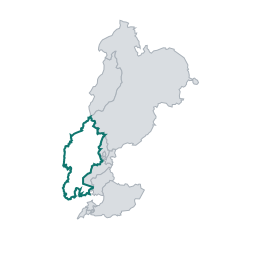 map of Kazakhstan with Uzbekistan, Mongolia, Tajikistan and 7 others greyed out, rotated 286°
{"feature_id": "KAZ", "entity_name": "Kazakhstan", "entity_type": "country or territory", "adm_level": 0, "iso_a3": "KAZ", "parent_name": "Asia", "parent_adm1": "", "projection": "equal_earth", "projection_center": [65.802, 47.999], "detail": "fine", "context": "with_neighbors", "style": "outline", "palette": "teal", "viewbox_px": 256, "rotation_deg": 286, "n_neighbors": 10, "source": "natural_earth", "source_scale": "50m", "svg_char_len": 12423}
<svg xmlns="http://www.w3.org/2000/svg" viewBox="0 0 256 256"><g transform="rotate(286 128 128)"><path d="M61.4,110.7L61.9,100.2L67.5,98.5L73.0,101.8L75.0,104.4L81.3,103.7L83.9,105.8L83.8,108.7L84.8,108.7L85.3,111.1L88.1,111.2L88.8,112.6L89.6,112.6L90.5,110.5L94.7,107.9L95.3,108.2L93.5,110.1L95.2,111.2L96.7,110.5L99.4,112.0L96.6,114.1L94.0,113.9L93.7,113.1L94.1,111.7L91.1,112.4L89.4,115.9L87.5,115.8L87.0,117.1L88.6,117.8L89.1,120.0L87.9,123.0L84.9,122.4L85.0,120.5L79.6,117.8L75.6,114.4L74.6,111.4L73.8,110.8L71.4,111.0L70.6,110.4L70.4,108.1L67.5,106.5L65.6,108.2L63.6,109.2L63.9,110.7L61.4,110.7Z" fill="#d9dde1" stroke="#a8b0b8" stroke-width="1"/><path d="M129.3,88.4L131.4,87.9L135.1,85.6L138.0,84.4L139.9,85.2L142.1,85.2L143.7,86.4L149.0,87.2L150.6,85.4L149.5,83.8L151.0,81.1L153.6,82.2L158.1,83.2L158.9,85.1L162.2,86.2L166.5,85.4L168.7,85.8L171.1,87.0L172.7,88.4L177.4,88.8L181.8,87.7L184.3,85.8L185.6,86.1L187.0,87.0L189.4,86.8L188.4,91.5L189.3,92.6L190.4,92.3L192.6,92.7L193.9,91.7L195.9,92.5L198.4,94.5L198.5,95.4L196.7,95.1L193.7,95.5L192.4,96.3L191.4,98.1L188.4,99.2L186.6,100.7L183.0,99.9L182.3,101.7L183.8,103.7L181.3,106.2L179.0,107.2L175.7,107.3L172.4,108.3L170.1,109.9L168.9,109.0L166.3,109.0L162.7,107.2L160.4,106.8L157.5,107.2L150.5,106.6L148.9,104.9L147.5,102.3L146.1,102.0L143.2,100.2L137.6,99.3L136.7,98.1L137.0,94.9L135.2,92.7L132.1,91.7L130.1,90.2L129.3,88.4Z" fill="#d9dde1" stroke="#a8b0b8" stroke-width="1"/><path d="M87.9,123.0L89.1,120.0L88.6,117.8L87.0,117.1L87.5,115.8L89.4,115.9L91.1,112.4L94.1,111.7L93.7,113.1L94.0,113.9L94.9,113.8L94.1,114.7L91.7,114.2L91.5,115.9L93.9,115.7L96.7,116.7L101.0,116.2L101.6,119.0L102.4,118.7L103.8,119.3L104.1,122.2L100.2,122.0L98.9,123.3L97.1,124.3L96.1,123.3L96.3,120.7L95.6,120.6L95.8,119.7L94.6,119.0L93.6,120.1L93.1,121.7L91.7,121.6L91.0,123.0L90.2,122.4L88.6,123.4L87.9,123.0Z" fill="#d9dde1" stroke="#a8b0b8" stroke-width="1"/><path d="M94.7,107.9L95.1,106.7L96.6,106.3L100.2,107.3L100.5,105.6L101.7,105.0L104.9,106.2L105.7,105.9L112.6,106.2L113.8,107.3L115.2,107.7L114.9,108.3L111.5,109.9L110.8,111.1L108.0,111.4L107.2,113.3L104.8,112.9L103.3,113.5L101.2,114.8L101.6,115.5L101.0,116.2L96.7,116.7L93.9,115.7L91.5,115.9L91.7,114.2L94.1,114.7L94.9,113.8L96.6,114.1L99.4,112.0L96.7,110.5L95.2,111.2L93.5,110.1L95.3,108.2L94.7,107.9Z" fill="#d9dde1" stroke="#a8b0b8" stroke-width="1"/><path d="M53.8,109.3L54.9,108.4L57.4,107.8L58.9,108.6L60.3,110.8L63.9,110.7L63.6,109.2L65.6,108.2L67.5,106.5L70.4,108.1L70.6,110.4L71.4,111.0L73.8,110.8L74.6,111.4L75.6,114.4L79.6,117.8L85.0,120.5L84.9,122.4L83.1,121.5L82.8,122.5L80.9,123.1L80.4,125.5L79.1,126.5L77.3,126.9L76.8,128.3L75.0,128.7L72.7,127.6L72.6,125.0L70.9,124.9L68.3,122.2L66.5,121.9L64.1,120.4L62.5,120.1L61.5,120.7L59.9,120.6L58.2,122.3L56.2,122.9L55.9,120.7L56.4,117.6L54.7,116.6L55.4,114.6L53.9,114.4L54.6,112.0L56.6,112.7L58.6,111.7L57.1,110.0L56.6,108.3L54.8,109.1L54.4,111.2L53.8,109.3Z" fill="#d9dde1" stroke="#a8b0b8" stroke-width="1"/><path d="M42.5,145.3L41.3,143.6L41.4,142.0L40.6,142.0L41.2,139.7L40.1,137.3L37.4,135.6L36.0,132.7L36.7,130.3L38.0,129.3L38.0,127.5L36.5,126.6L34.4,120.5L34.9,119.6L34.5,116.2L36.1,115.4L36.4,116.5L37.4,117.9L38.9,118.3L39.7,118.2L42.6,116.0L43.4,115.8L44.0,116.6L43.1,118.1L44.4,119.7L45.0,119.5L45.5,121.7L47.7,122.3L49.1,123.8L52.4,124.4L56.0,123.6L56.2,122.9L58.2,122.3L59.9,120.6L61.5,120.7L62.5,120.1L64.1,120.4L66.5,121.9L68.3,122.2L70.9,124.9L72.6,125.0L72.7,127.6L71.0,133.6L72.0,134.1L71.0,135.7L71.9,140.2L73.6,140.7L73.8,142.7L71.6,145.6L73.7,149.2L76.0,150.6L76.0,153.4L77.1,153.9L77.3,155.4L73.8,157.0L72.9,160.8L63.0,158.6L62.1,154.7L61.0,154.1L59.1,154.7L56.7,156.3L53.8,155.2L51.5,152.7L49.2,151.8L46.2,144.6L44.9,145.1L43.5,144.1L42.5,145.3Z" fill="#d9dde1" stroke="#a8b0b8" stroke-width="1"/><path d="M39.7,118.2L38.9,118.3L38.2,116.1L37.2,116.1L36.6,115.3L33.8,113.8L34.1,112.4L33.9,111.3L37.0,110.9L38.2,112.1L37.7,112.9L38.7,113.9L38.0,114.8L39.9,116.1L39.7,118.2Z" fill="#d9dde1" stroke="#a8b0b8" stroke-width="1"/><path d="M191.0,183.3L188.9,182.3L188.5,179.4L189.6,177.9L192.2,177.0L193.6,177.1L194.3,178.3L193.4,179.8L193.0,181.7L191.0,183.3ZM115.2,107.7L114.9,106.0L116.3,105.3L114.0,100.4L119.2,98.6L120.3,93.7L124.6,94.6L125.6,93.3L125.4,90.6L127.1,90.4L128.5,88.6L129.3,88.4L130.1,90.2L132.1,91.7L135.2,92.7L137.0,94.9L136.7,98.1L137.6,99.3L143.2,100.2L146.1,102.0L147.5,102.3L148.9,104.9L150.5,106.6L157.5,107.2L160.4,106.8L162.7,107.2L166.3,109.0L168.9,109.0L170.1,109.9L172.4,108.3L175.7,107.3L179.0,107.2L181.3,106.2L183.8,103.7L182.3,101.7L183.0,99.9L186.6,100.7L188.4,99.2L191.4,98.1L192.4,96.3L193.7,95.5L196.7,95.1L198.5,95.4L198.4,94.5L195.9,92.5L193.9,91.7L192.6,92.7L190.4,92.3L189.3,92.6L188.4,91.5L189.4,86.8L192.2,87.8L194.6,86.1L194.2,84.9L195.1,82.2L195.9,81.3L195.4,79.9L194.0,79.3L195.2,78.0L197.6,77.6L200.2,77.5L203.6,78.3L205.7,79.2L210.7,84.5L212.4,87.1L216.4,88.0L219.7,89.9L221.5,92.4L224.8,92.4L226.2,91.4L229.3,90.6L229.2,93.0L228.8,94.0L229.3,97.0L228.9,99.7L226.0,99.2L224.6,100.2L226.0,102.7L226.8,106.0L225.7,106.1L226.2,107.6L224.3,105.9L223.9,107.5L220.9,108.7L221.7,110.2L219.8,110.1L218.4,109.2L217.5,111.3L215.6,112.9L214.3,114.7L211.4,115.6L210.1,117.0L207.9,117.8L208.7,116.4L207.9,115.3L209.2,113.3L207.6,111.8L203.9,114.8L203.0,116.7L200.8,116.9L200.0,118.3L201.7,120.3L203.7,120.8L204.1,122.1L206.1,123.0L208.1,120.9L210.4,122.0L211.9,122.1L212.7,123.7L209.6,124.5L208.9,126.2L207.0,127.7L206.3,129.8L209.2,131.5L210.7,134.5L214.8,139.8L215.3,142.1L214.0,142.9L214.8,144.6L216.4,145.6L216.4,150.7L215.1,151.0L211.0,162.5L205.1,168.2L202.4,168.6L201.1,170.0L200.1,169.0L198.9,170.6L195.7,172.3L193.2,172.8L192.7,176.2L191.4,176.4L190.5,174.0L190.9,172.8L187.5,171.7L186.4,172.2L183.9,171.4L182.6,170.1L182.8,168.2L180.5,167.6L179.2,166.4L177.3,168.1L173.1,168.5L170.6,169.7L171.3,173.5L170.0,173.4L169.5,171.3L167.8,172.2L164.8,170.4L165.3,167.7L163.7,167.1L162.8,164.1L160.3,164.6L160.3,160.8L162.3,158.1L161.8,153.0L160.7,152.2L159.7,150.3L158.4,150.6L155.7,150.1L156.4,148.8L155.1,146.8L153.5,148.1L151.5,147.3L148.9,149.4L147.0,151.7L145.1,152.1L144.0,151.3L140.9,150.5L139.7,151.3L138.3,153.6L137.9,151.1L136.5,151.8L131.0,150.8L128.9,149.4L127.1,148.7L126.2,147.2L124.8,146.8L122.3,144.7L120.4,143.7L119.4,144.5L113.6,140.3L112.8,136.9L114.5,137.3L114.5,135.7L113.5,134.1L113.6,131.6L110.9,128.0L107.1,126.8L106.3,124.5L104.6,123.1L104.1,122.2L103.8,119.3L102.4,118.7L101.6,119.0L101.0,116.2L101.6,115.5L101.2,114.8L103.3,113.5L104.8,112.9L107.2,113.3L108.0,111.4L110.8,111.1L111.5,109.9L114.9,108.3L115.2,107.7Z" fill="#d9dde1" stroke="#a8b0b8" stroke-width="1"/><path d="M39.7,109.5L41.0,109.2L42.3,111.0L43.3,111.2L45.2,109.3L47.2,112.8L48.2,113.0L48.8,113.8L47.0,114.0L45.9,117.3L45.0,118.0L45.0,119.5L44.4,119.7L43.1,118.1L44.0,116.6L43.4,115.8L42.6,116.0L39.7,118.2L39.9,116.1L38.0,114.8L38.7,113.9L37.7,112.9L38.2,112.1L37.0,110.9L37.6,110.4L40.3,111.4L40.7,111.1L39.7,109.5ZM38.9,118.3L37.4,117.9L36.4,116.5L36.1,115.4L36.6,115.3L37.2,116.1L38.2,116.1L38.9,118.3Z" fill="#d9dde1" stroke="#a8b0b8" stroke-width="1"/><path d="M26.7,104.6L27.0,104.2L31.9,105.2L34.8,106.6L35.1,107.1L36.5,106.6L38.5,107.2L39.0,108.4L40.3,109.1L39.7,109.5L40.7,111.1L40.3,111.4L39.2,111.2L37.6,110.4L37.0,110.9L33.9,111.3L31.9,109.9L29.5,110.0L30.0,108.8L29.7,106.8L28.5,105.8L27.4,105.5L26.7,104.6Z" fill="#d9dde1" stroke="#a8b0b8" stroke-width="1"/><path d="M94.6,108.0L94.1,108.2L93.8,108.6L93.5,108.5L92.8,109.2L91.8,109.6L91.3,110.0L91.2,110.2L90.7,110.4L90.5,110.5L90.5,110.8L90.4,111.0L89.8,111.5L89.5,112.0L89.4,112.3L89.5,112.6L89.1,112.7L88.5,112.4L88.3,112.2L88.4,111.5L88.0,111.0L87.7,111.1L85.5,111.2L85.3,111.1L85.0,110.2L84.8,108.7L83.7,108.7L83.7,107.8L83.9,105.8L83.3,106.2L82.6,104.9L82.1,104.6L81.3,103.8L80.3,104.2L77.6,104.0L74.9,104.4L73.2,102.5L73.0,102.0L72.8,101.9L67.6,98.6L62.0,100.2L61.5,110.7L60.5,110.8L60.2,110.7L59.9,110.3L59.1,108.8L57.5,107.7L56.5,107.8L55.1,108.3L54.7,108.5L53.8,109.3L53.8,108.4L54.2,107.5L54.3,107.1L54.2,106.5L54.0,106.3L53.5,106.4L53.3,106.2L52.7,106.2L52.3,105.5L52.2,105.4L51.5,105.3L51.5,104.4L51.1,103.7L50.7,102.4L50.4,102.2L49.6,102.0L49.5,101.7L49.6,101.3L49.8,101.2L50.8,101.2L51.5,101.5L51.9,101.4L52.3,101.5L52.1,101.3L51.8,101.2L51.3,100.7L51.2,100.4L51.3,100.2L51.8,99.8L51.9,99.5L52.2,99.1L52.5,99.2L52.9,99.0L54.4,99.0L55.4,99.2L56.0,99.2L55.3,98.8L55.2,98.5L55.5,98.0L55.8,97.4L56.1,96.8L56.1,96.2L56.0,95.8L56.2,95.5L56.1,95.0L55.8,94.7L54.8,94.6L54.5,94.9L54.1,95.1L53.8,94.9L53.3,94.8L53.0,94.5L52.1,94.3L51.5,94.5L50.8,94.9L50.4,94.9L49.2,95.7L48.0,95.9L48.0,96.2L47.9,96.1L47.7,96.3L46.5,95.8L46.3,95.6L46.3,95.3L46.5,95.2L47.1,95.4L47.3,95.2L46.6,93.7L45.8,92.6L45.7,92.5L44.4,92.4L44.0,92.6L43.8,92.4L43.6,92.0L43.7,91.5L43.7,91.2L42.9,90.7L42.8,90.3L43.1,89.7L43.4,89.2L43.7,89.0L43.9,88.7L43.5,88.2L43.6,87.8L43.8,87.3L44.0,86.9L44.6,86.5L44.7,86.3L44.8,85.9L45.3,85.4L45.5,85.4L45.7,85.5L46.8,86.9L47.0,86.9L47.7,86.7L47.9,86.4L47.6,84.9L48.0,84.9L49.2,84.2L49.4,83.8L49.6,83.6L50.3,83.5L51.3,83.0L52.4,81.9L53.2,82.2L53.4,82.3L53.4,82.5L53.5,82.6L54.1,82.6L54.9,82.1L55.4,82.0L55.6,82.1L55.9,82.5L56.0,82.6L57.6,82.6L58.0,82.8L58.3,83.2L58.8,83.4L59.2,83.7L59.7,84.4L59.8,84.9L59.9,85.1L60.1,84.9L60.2,84.7L60.1,84.2L60.2,83.8L60.7,84.0L61.6,84.7L62.3,84.9L63.1,84.6L63.3,84.3L64.0,83.8L64.3,83.9L65.1,83.7L65.5,83.8L66.0,84.1L66.4,84.0L66.8,83.6L67.9,83.7L68.3,83.9L68.9,84.6L70.1,84.8L70.2,85.1L70.8,84.9L71.2,84.4L71.4,84.2L71.8,84.6L72.1,84.7L72.6,84.7L73.2,84.6L73.8,84.4L74.1,84.2L74.6,83.2L74.1,82.7L73.4,82.6L73.3,82.4L72.3,82.1L72.2,81.8L71.5,81.5L71.4,81.4L71.5,81.3L72.3,80.9L72.8,80.9L73.4,80.4L73.0,79.5L73.1,79.3L73.6,78.7L74.3,78.7L75.5,78.8L75.7,78.7L75.6,78.4L74.9,78.1L73.9,77.9L74.0,77.5L74.4,77.5L74.6,77.4L74.5,77.2L74.1,77.3L73.5,77.1L73.8,76.8L73.9,76.2L74.1,76.1L74.3,76.0L75.5,76.3L75.7,76.1L76.6,76.1L76.9,76.0L77.8,75.9L78.0,75.7L79.3,75.6L80.1,75.3L80.6,75.2L81.0,75.3L81.5,75.2L81.8,75.3L82.0,75.2L82.1,74.9L82.6,74.6L83.1,74.6L83.5,74.4L83.6,74.5L84.1,74.5L87.1,74.0L87.3,73.8L88.0,73.7L88.1,73.3L88.7,73.2L89.1,72.9L89.6,72.7L90.6,72.8L92.0,73.3L92.4,73.1L92.6,73.0L93.1,72.9L93.5,73.3L94.1,74.7L94.0,75.2L93.8,75.5L94.4,75.8L95.5,75.6L95.9,75.6L95.9,75.4L96.1,75.3L96.5,75.8L96.6,76.2L96.7,76.3L96.9,76.2L96.9,75.9L97.0,75.8L97.6,75.9L98.0,76.2L98.2,76.3L98.5,76.2L99.0,76.0L99.2,76.3L98.6,76.6L98.4,76.9L98.4,77.2L98.6,77.5L99.1,77.2L99.6,77.1L100.3,77.2L100.6,77.4L100.8,77.0L101.5,76.6L101.9,76.6L102.3,76.4L102.6,76.2L102.7,75.9L103.2,75.9L104.3,75.4L104.8,75.3L105.4,75.0L105.3,75.3L105.1,75.8L104.6,75.8L104.8,76.1L105.0,76.3L107.4,77.7L107.7,78.0L109.1,79.6L111.4,82.6L112.6,84.4L112.8,84.5L112.8,84.3L113.1,84.1L113.5,84.0L113.6,83.9L113.5,83.5L113.5,83.4L114.1,83.1L114.4,83.1L114.6,83.3L114.9,83.3L114.9,83.5L114.8,83.9L115.5,84.0L115.7,84.3L115.7,84.5L116.7,84.5L117.0,84.6L117.9,84.6L118.1,84.4L118.4,84.1L118.9,84.1L119.2,83.9L119.6,83.9L120.3,84.1L120.8,84.4L121.0,84.7L121.4,85.1L121.6,85.7L121.8,85.8L122.4,85.9L122.9,86.2L123.2,86.3L123.3,86.6L123.3,86.8L123.9,87.5L125.4,87.7L125.5,87.8L125.9,87.8L126.7,87.1L126.9,87.1L127.0,87.1L127.0,87.3L126.8,87.5L127.0,87.7L127.2,87.8L127.7,88.4L128.2,88.6L128.5,88.9L127.9,88.9L127.4,89.0L127.3,89.3L127.4,89.5L127.3,90.0L127.0,90.4L126.5,90.6L125.4,90.8L125.2,91.3L125.1,92.1L125.3,93.2L125.6,93.7L125.6,93.9L125.3,94.4L124.7,94.5L124.3,94.8L123.8,95.1L123.5,94.7L122.8,94.6L122.1,94.7L121.5,94.5L120.1,94.0L119.9,94.7L119.2,96.9L118.9,98.5L119.6,99.0L119.6,99.3L119.4,99.8L118.9,99.5L118.2,99.7L117.8,99.5L117.8,99.3L117.6,99.2L115.8,99.8L115.4,99.8L114.1,100.1L113.8,100.5L114.1,100.7L114.6,100.7L115.1,100.9L114.9,101.1L114.9,101.4L115.0,102.7L115.3,103.3L115.8,104.2L115.9,104.6L115.8,104.9L116.0,105.0L116.1,105.4L116.1,105.5L115.8,105.5L115.3,105.7L115.3,105.9L115.7,106.1L115.0,106.4L115.0,106.6L114.9,106.9L115.2,108.0L114.4,107.5L113.3,107.3L112.8,106.8L112.7,106.5L112.0,106.5L111.2,106.2L110.1,106.2L109.6,106.1L108.4,106.1L107.8,105.9L106.8,106.1L105.3,106.0L105.2,106.0L104.9,106.4L104.3,106.3L103.1,105.9L101.7,105.1L101.6,105.3L101.1,105.3L100.3,105.8L100.1,107.0L100.2,107.5L99.8,107.2L98.8,107.1L98.6,106.9L97.5,106.5L96.4,106.3L95.3,106.6L94.8,107.2L94.7,107.4L94.5,107.7L94.5,107.8L94.6,108.0ZM49.4,100.6L49.2,100.6L49.0,100.3L49.1,100.0L49.3,99.9L49.2,100.1L49.1,100.3L49.2,100.5L49.4,100.6ZM54.9,99.0L54.8,98.9L54.7,98.8L54.8,98.7L54.9,99.0Z" fill="none" stroke="#0f766e" stroke-width="2"/></g></svg>